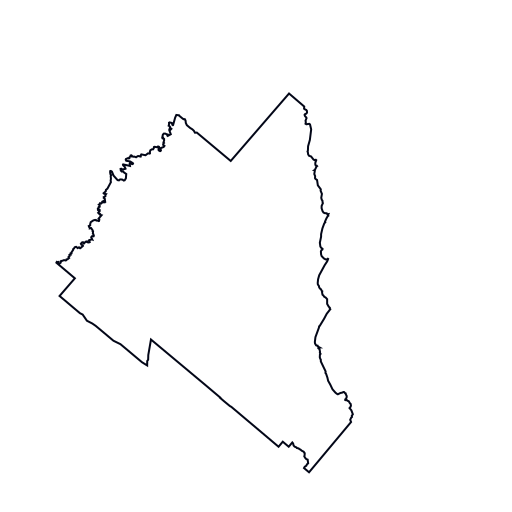 the district of Surf Coast, Victoria, Australia, rotated 302°
{"feature_id": "25037944B61768543919434", "entity_name": "Surf Coast", "entity_type": "district", "adm_level": 2, "iso_a3": "AUS", "parent_name": "Australia", "parent_adm1": "Victoria", "projection": "equal_earth", "projection_center": [144.106, -38.34], "detail": "fine", "context": "isolated", "style": "outline", "palette": "ink", "viewbox_px": 512, "rotation_deg": 302, "n_neighbors": 0, "source": "geoboundaries", "source_scale": "gbopen_adm2", "svg_char_len": 6043}
<svg xmlns="http://www.w3.org/2000/svg" viewBox="0 0 512 512"><g transform="rotate(302 256 256)"><path d="M165.6,424.6L167.0,422.7L169.2,422.4L170.4,422.7L171.2,421.9L173.1,422.0L175.7,418.6L176.6,415.9L178.3,416.1L179.4,415.8L180.7,414.7L180.9,413.6L182.0,411.6L181.7,410.3L182.1,408.7L181.3,408.5L181.2,407.9L181.7,407.7L182.0,408.0L183.4,407.9L184.6,407.6L185.5,406.9L186.3,405.4L187.0,404.9L186.9,404.0L187.3,402.9L187.0,402.2L185.8,401.5L184.6,400.2L182.1,398.7L182.0,397.5L182.2,395.8L183.5,391.5L186.2,387.3L188.4,383.3L190.7,381.0L193.3,377.8L193.6,376.9L195.0,376.2L200.9,366.9L202.5,365.8L202.9,364.9L204.0,363.7L206.4,362.4L207.2,362.6L207.8,361.4L208.5,361.2L210.6,359.3L210.8,357.8L211.7,357.7L212.1,358.3L212.0,356.3L212.6,355.8L212.1,354.3L213.1,352.4L214.2,351.5L218.7,349.4L228.7,347.3L229.8,346.8L230.4,347.1L238.9,347.0L244.5,346.6L250.2,347.2L250.4,346.5L251.2,346.1L251.6,344.5L253.1,341.7L257.1,339.2L257.7,337.1L257.6,335.4L258.2,334.2L258.4,332.9L260.3,331.2L261.2,330.9L261.2,330.3L262.2,328.8L262.2,327.9L262.8,326.3L264.0,325.1L264.6,323.6L265.7,322.7L269.1,321.0L273.2,319.8L284.6,319.1L289.2,319.2L292.5,318.6L290.8,318.1L290.0,316.8L289.9,314.9L290.7,311.7L291.9,310.3L294.3,308.6L295.4,308.4L296.7,308.9L297.3,308.7L297.6,306.6L298.2,305.5L301.1,303.1L306.8,301.0L309.1,299.6L314.6,297.7L319.9,296.6L321.3,296.9L321.7,296.3L325.1,295.8L327.8,295.7L328.5,296.0L329.2,295.3L329.9,295.2L329.2,294.4L329.7,293.3L328.8,291.7L328.6,290.3L329.3,288.7L331.3,286.3L333.3,285.1L336.3,284.7L336.9,283.9L338.0,283.2L338.6,281.9L339.9,280.5L343.6,279.0L345.6,276.2L346.9,275.6L348.7,271.0L352.8,267.5L352.9,265.6L353.3,264.8L355.1,263.8L356.4,262.0L359.7,260.6L360.0,260.3L359.9,260.1L360.4,260.3L364.2,259.9L364.6,260.1L364.7,259.8L364.4,259.6L364.4,258.6L365.3,257.6L366.5,256.9L369.2,256.3L369.3,255.7L368.3,254.8L368.3,253.5L369.6,250.0L369.1,247.9L369.8,246.4L371.7,244.8L371.8,244.4L373.2,244.0L376.7,242.0L382.9,240.2L392.6,235.7L396.2,232.1L396.3,231.1L394.4,228.9L394.4,227.9L395.8,227.4L397.0,226.3L399.7,225.8L400.1,225.3L400.6,223.5L401.4,222.4L402.3,222.4L403.2,223.1L404.1,223.3L404.8,223.2L406.1,222.2L406.5,221.2L406.3,220.2L406.4,218.7L408.3,217.7L411.3,197.9L323.2,184.2L329.3,140.4L328.2,138.9L329.3,136.9L329.7,134.9L329.7,132.2L330.3,128.0L331.7,125.9L333.4,124.6L334.3,123.2L333.9,122.2L333.7,122.2L333.6,121.4L334.3,116.3L334.5,116.1L333.4,113.7L330.5,114.1L323.1,116.3L322.9,116.2L322.9,115.7L324.2,114.0L323.5,111.9L322.9,111.6L321.8,112.4L320.2,112.9L320.3,113.7L319.9,114.8L319.6,115.2L319.2,115.0L318.7,115.4L318.9,115.7L318.9,116.8L317.5,116.5L317.8,115.4L317.6,115.3L316.8,115.7L314.1,119.2L311.0,117.5L311.1,117.1L312.1,117.1L312.3,116.9L311.9,115.7L311.7,114.2L311.0,113.0L309.6,112.7L306.6,113.8L306.3,114.3L307.0,114.7L306.6,115.3L306.6,116.0L305.2,116.9L303.5,117.3L303.2,118.0L302.5,117.7L302.1,118.2L301.1,118.3L300.8,119.0L300.8,120.0L299.5,119.9L297.1,118.1L296.2,118.3L295.2,119.4L294.4,119.4L294.1,119.1L294.0,117.9L294.3,117.1L295.3,116.6L296.6,116.6L297.2,115.9L297.0,114.9L295.9,114.6L294.8,112.0L294.3,111.7L293.2,112.2L291.9,112.2L291.2,111.1L289.7,110.4L288.3,110.7L286.8,111.7L286.5,111.6L285.8,110.0L282.9,108.9L281.4,104.9L280.2,104.9L279.7,105.4L279.2,105.5L278.4,103.2L277.9,102.7L276.2,102.0L275.8,100.1L275.2,99.4L275.1,98.7L274.7,98.2L275.3,97.5L275.3,96.8L274.8,96.4L273.9,96.7L272.8,96.4L271.9,96.8L271.3,96.5L271.2,95.6L269.3,94.3L268.6,94.5L268.0,95.5L269.5,99.2L269.5,102.3L269.3,102.7L268.6,102.7L268.2,102.2L268.4,100.4L268.0,99.9L267.2,100.0L265.6,101.4L263.3,94.8L262.9,94.8L262.5,95.3L262.1,97.3L260.9,99.1L260.4,98.8L259.2,97.5L258.6,96.6L258.6,95.4L258.1,95.0L256.8,96.1L256.5,97.5L257.3,98.5L256.9,99.8L256.8,102.5L252.9,104.5L250.6,104.5L249.9,103.9L250.0,102.3L249.3,100.7L248.5,99.9L247.5,99.7L247.0,98.4L248.7,92.6L251.2,89.1L251.2,87.8L250.9,87.4L250.0,87.7L248.3,89.1L247.8,90.3L246.8,90.4L244.7,92.0L242.7,92.9L241.8,93.8L234.4,94.3L232.5,93.7L231.2,94.3L228.5,93.5L228.3,94.1L229.0,96.0L228.1,95.9L226.9,96.6L225.3,95.7L225.0,96.2L224.6,96.2L224.5,97.3L221.9,99.5L221.5,99.2L221.4,98.1L221.9,97.6L220.9,97.0L220.6,98.1L220.1,97.3L218.5,96.9L218.2,95.8L216.8,96.1L216.8,95.7L216.3,95.5L216.1,96.6L215.0,97.3L214.3,96.7L213.9,97.0L212.5,96.7L211.8,97.2L212.4,97.4L212.2,98.9L211.6,98.9L211.5,99.3L210.9,99.2L210.7,99.7L209.0,99.3L208.5,101.4L208.8,101.2L209.0,101.6L208.5,102.7L208.7,103.4L204.4,102.7L204.3,103.4L203.8,103.9L202.5,104.3L202.2,104.0L202.2,103.0L201.6,102.2L201.7,101.2L201.3,100.9L201.3,100.4L200.0,99.2L197.1,97.9L195.1,98.5L194.2,99.1L192.8,98.3L192.1,99.2L192.0,100.0L191.3,100.4L192.3,101.4L191.2,103.9L190.5,104.2L190.5,104.8L188.5,105.8L188.4,106.4L187.2,107.8L186.6,107.8L186.0,106.5L184.6,106.3L183.2,108.4L183.0,107.6L182.2,107.3L181.1,106.1L180.7,106.1L179.7,107.6L178.9,107.1L178.4,106.0L178.8,104.9L178.1,104.7L177.8,103.9L175.5,103.5L175.4,102.9L176.0,101.9L175.2,101.2L173.6,101.0L173.1,101.9L173.2,103.5L172.9,103.9L169.5,102.9L169.3,102.5L169.6,101.7L169.6,101.3L168.2,100.6L168.5,98.7L167.8,97.9L167.1,97.6L166.1,97.7L164.9,97.3L164.2,97.7L161.5,97.6L160.6,98.1L160.0,97.3L159.3,97.5L158.9,98.1L158.0,97.2L157.0,98.0L155.8,97.5L155.2,97.9L155.1,98.5L153.3,97.9L152.7,97.1L151.8,97.3L151.3,96.9L150.8,95.4L148.8,93.9L148.6,93.4L147.6,93.1L147.4,93.3L147.6,93.6L146.8,93.9L145.6,93.4L145.2,92.6L145.3,91.7L146.0,91.3L145.6,90.9L145.5,90.2L145.2,90.2L144.8,90.6L144.5,90.5L141.1,114.2L118.0,110.6L114.2,137.0L114.5,140.0L111.5,146.9L112.0,152.9L111.8,157.1L108.6,180.0L109.4,187.8L105.5,215.6L105.5,221.7L109.3,219.4L110.9,219.5L115.0,217.1L129.5,211.2L119.8,281.2L117.0,300.7L116.7,300.7L115.9,305.9L114.9,313.5L115.0,315.0L106.2,376.2L112.7,377.1L111.6,384.8L117.1,385.6L116.7,386.8L115.2,388.3L114.8,389.8L115.1,391.7L114.8,392.4L115.4,394.1L115.2,395.3L115.4,396.2L115.1,397.9L115.3,400.2L114.6,401.4L114.6,401.8L112.8,402.8L111.7,403.1L110.9,404.6L110.4,406.3L110.7,407.7L107.8,410.1L106.3,409.6L104.8,409.8L103.1,409.0L101.6,409.1L100.7,415.6L165.6,424.6Z" fill="none" stroke="#020617" stroke-width="2"/></g></svg>